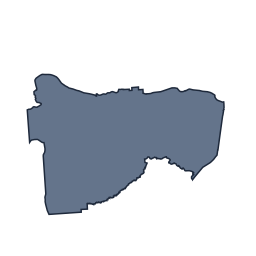 Penrith, New South Wales, Australia (Albers equal-area conic projection), rotated 77°
{"feature_id": "25037944B77698637071191", "entity_name": "Penrith", "entity_type": "district", "adm_level": 2, "iso_a3": "AUS", "parent_name": "Australia", "parent_adm1": "New South Wales", "projection": "albers", "projection_center": [150.748, -33.748], "detail": "fine", "context": "isolated", "style": "filled", "palette": "slate", "viewbox_px": 256, "rotation_deg": 77, "n_neighbors": 0, "source": "geoboundaries", "source_scale": "gbopen_adm2", "svg_char_len": 5708}
<svg xmlns="http://www.w3.org/2000/svg" viewBox="0 0 256 256"><g transform="rotate(77 128 128)"><path d="M192.9,76.7L190.5,73.8L183.1,64.0L180.3,55.9L179.7,54.7L177.9,51.7L175.7,49.1L174.5,47.4L169.5,45.5L169.6,45.3L155.6,40.0L137.5,33.1L136.6,32.6L132.4,30.9L132.2,31.1L131.6,30.4L131.4,30.6L129.6,29.8L125.3,29.0L124.1,28.9L124.1,30.0L121.4,34.1L120.6,35.0L119.2,35.8L117.3,36.4L116.9,36.4L116.6,36.1L116.3,36.0L115.8,36.2L115.4,36.1L114.3,37.1L113.8,37.7L113.1,38.3L111.8,40.0L110.5,42.5L109.0,47.1L107.5,50.1L105.5,56.0L103.9,59.2L103.9,59.5L103.9,60.3L104.8,63.5L104.5,63.7L104.5,63.9L104.5,64.3L104.7,64.5L104.9,66.1L104.8,66.7L104.8,67.2L104.7,67.3L104.4,68.5L103.6,69.5L101.2,70.8L100.5,71.0L99.4,73.4L98.8,76.3L100.0,87.9L99.2,94.9L99.2,96.3L99.5,97.9L99.3,99.9L98.8,102.6L99.0,102.6L98.9,103.1L98.4,104.0L98.1,104.3L98.0,104.7L97.6,105.2L97.5,105.5L96.8,105.3L93.8,104.8L93.1,109.1L90.4,108.6L89.5,115.2L92.2,115.7L91.8,118.3L90.5,118.1L89.5,123.8L89.3,123.7L88.8,125.4L88.8,126.4L88.3,128.2L89.2,128.9L90.3,129.2L90.8,130.4L91.0,131.1L90.9,131.8L90.6,132.4L89.4,134.3L89.0,135.2L89.1,136.4L89.6,137.8L89.5,138.3L89.2,139.5L89.2,140.1L89.9,141.7L90.0,142.1L89.9,142.7L89.4,143.7L89.3,144.3L89.3,144.9L89.7,146.9L89.7,148.1L89.5,148.8L89.1,149.5L88.7,149.9L88.0,150.2L87.7,151.1L88.5,151.6L89.4,151.4L89.8,151.5L89.6,152.0L88.4,153.0L86.9,155.9L85.9,158.0L83.8,163.1L80.8,167.4L79.8,169.5L77.7,172.7L75.7,176.6L74.4,177.8L72.8,179.7L69.3,182.8L65.2,184.5L63.6,185.3L62.1,186.3L60.4,188.4L59.3,190.1L58.4,191.9L57.9,193.7L57.2,196.8L56.5,199.2L56.5,200.1L57.0,201.9L57.3,202.8L58.8,206.3L59.9,207.5L60.5,207.9L61.3,208.1L65.6,208.2L68.6,208.0L70.1,208.3L70.5,208.6L70.2,208.9L71.5,211.5L74.3,211.9L74.4,211.6L75.9,210.9L77.1,211.5L78.3,211.1L78.6,211.2L79.1,211.8L79.6,211.8L81.2,211.5L82.6,210.8L83.2,209.1L83.3,208.6L84.0,208.0L84.5,207.2L84.8,207.1L85.3,207.2L85.8,207.6L86.8,210.3L86.9,211.0L87.2,211.5L87.2,212.1L87.0,213.0L86.1,214.9L86.3,215.9L86.8,216.3L87.7,218.7L87.7,219.0L87.4,220.4L87.7,222.1L119.9,227.1L118.3,225.3L118.1,224.5L118.2,221.7L118.7,219.1L118.9,218.6L119.4,218.0L122.2,215.4L122.8,214.7L123.1,214.2L123.3,213.2L129.3,213.5L131.0,213.9L132.5,214.5L133.2,214.9L135.0,216.5L136.3,216.9L173.0,222.8L173.9,223.0L176.7,224.5L179.3,224.8L181.2,225.3L183.9,225.4L190.2,225.2L194.4,224.4L199.5,192.5L196.8,192.0L197.9,185.8L192.4,184.8L192.3,184.6L192.6,183.8L192.9,183.6L193.0,183.3L192.8,183.0L193.1,182.9L193.1,182.6L193.1,182.4L192.9,182.3L193.0,182.1L193.3,181.8L193.1,181.4L193.3,181.1L193.7,180.9L193.7,180.5L193.8,180.2L194.3,179.7L194.2,179.3L194.6,179.1L194.9,178.7L194.6,178.6L194.2,178.0L194.5,177.6L194.4,177.3L194.5,176.8L194.1,176.5L194.0,176.3L193.6,176.2L193.6,175.7L193.4,175.5L193.7,175.3L193.6,174.8L194.1,174.3L194.0,173.7L193.6,173.6L193.5,173.1L194.8,171.9L194.7,171.6L194.4,171.5L194.5,171.1L194.2,170.9L194.5,170.6L193.9,170.2L193.8,169.6L194.0,168.8L194.2,168.7L194.4,168.3L194.3,168.1L193.8,168.0L193.7,167.8L193.9,167.2L193.8,165.5L194.0,165.0L193.5,164.9L193.4,164.5L193.0,164.4L193.3,163.7L192.4,163.4L192.1,162.9L192.0,162.3L191.6,162.0L192.2,161.6L191.6,161.4L191.5,161.0L191.8,160.7L191.7,160.4L192.5,159.4L192.3,159.0L192.4,158.1L192.3,157.6L191.7,157.6L191.0,157.4L191.2,156.8L191.2,156.3L191.1,156.1L190.8,156.1L191.1,155.7L191.1,155.4L191.4,155.1L191.4,154.5L191.3,154.3L190.9,154.5L190.3,154.4L190.4,153.5L190.0,153.3L190.0,153.1L190.2,152.6L190.1,152.4L189.7,152.1L189.7,151.8L189.5,151.5L189.0,151.6L188.5,151.3L188.7,150.9L189.0,150.6L189.0,150.4L188.8,150.3L188.4,150.4L187.3,149.5L187.3,148.7L187.1,148.4L186.9,147.6L186.5,147.3L186.7,147.0L186.8,146.7L187.0,146.7L186.8,146.1L186.3,145.7L186.1,145.0L186.2,144.8L186.5,144.6L186.5,144.4L186.4,144.2L185.9,144.3L185.7,144.2L185.4,143.3L185.1,143.2L184.6,142.5L184.3,142.2L184.1,141.9L184.0,141.4L183.6,141.0L183.5,140.8L183.5,140.3L182.5,140.0L182.5,139.4L182.2,138.7L181.8,138.1L182.0,137.6L181.6,137.3L181.7,136.7L181.3,136.3L181.2,136.0L180.8,135.8L180.9,135.5L180.7,135.2L180.6,134.5L180.3,134.3L180.2,134.0L180.2,133.6L180.7,133.5L180.8,132.9L180.7,132.6L181.0,132.4L181.0,132.2L180.5,131.9L180.4,131.5L179.8,131.0L178.5,130.5L178.5,130.3L178.8,129.9L178.6,129.4L178.9,129.2L178.5,128.2L178.7,127.7L178.7,127.3L178.3,127.0L178.1,127.0L177.8,127.3L177.1,126.9L176.5,125.8L176.1,125.5L176.0,124.9L176.1,124.6L175.7,124.1L175.6,123.6L175.7,123.3L175.6,123.2L175.1,122.6L174.7,122.4L174.2,122.7L173.5,122.2L172.7,122.2L172.3,122.3L171.7,121.6L171.7,120.8L170.3,120.5L170.6,120.0L168.3,118.7L167.9,118.3L166.5,117.3L165.4,119.2L162.0,118.8L162.2,117.9L162.0,117.4L162.0,116.8L161.3,115.7L160.7,115.1L160.8,114.6L161.2,113.9L161.9,113.6L162.6,113.4L162.9,113.3L163.4,112.3L163.4,111.9L163.0,111.3L162.8,109.5L162.5,109.0L162.5,108.4L163.5,107.4L163.5,107.2L163.3,106.8L163.5,106.7L163.9,106.8L164.4,106.9L164.3,106.3L164.6,105.8L164.7,104.9L165.1,104.3L165.2,103.5L165.7,103.0L165.6,101.7L165.0,100.4L164.8,98.8L164.6,98.1L164.7,97.1L164.9,97.1L165.4,97.3L165.7,97.2L166.4,96.1L166.8,95.3L167.8,94.4L168.3,94.1L168.8,94.1L170.0,95.6L170.8,96.1L171.0,96.1L170.9,95.6L171.0,95.4L171.6,95.3L171.9,94.9L172.4,94.7L172.9,94.0L173.1,93.3L172.8,92.5L172.9,91.6L172.5,91.2L172.5,90.8L172.8,90.6L173.0,90.7L173.2,90.0L173.9,89.2L175.2,89.0L176.2,88.2L176.7,87.4L176.1,87.4L176.0,87.2L176.9,86.5L178.0,86.3L178.8,85.9L179.1,85.7L179.4,85.2L179.9,84.9L180.2,84.5L180.1,84.2L179.6,83.8L179.4,83.5L179.4,83.3L180.7,82.6L182.3,82.1L182.6,81.8L183.4,77.8L184.8,75.3L185.1,75.2L185.2,74.9L185.6,74.5L186.1,74.2L186.3,74.9L187.5,75.2L187.7,74.4L188.1,74.4L188.5,75.0L188.9,75.9L189.4,76.6L189.9,77.1L191.5,77.4L192.0,77.2L192.6,76.7L192.9,76.7Z" fill="#64748b" stroke="#1e293b" stroke-width="1.5"/></g></svg>